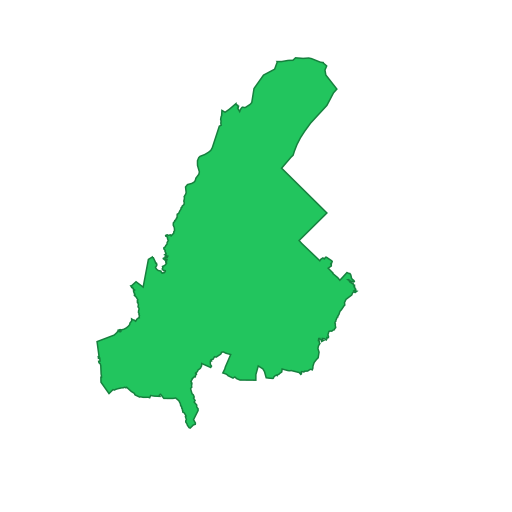 the district of Nicolás Romero, México, Mexico, rotated 125°
{"feature_id": "50627088B48014744788931", "entity_name": "Nicolás Romero", "entity_type": "district", "adm_level": 2, "iso_a3": "MEX", "parent_name": "Mexico", "parent_adm1": "México", "projection": "albers", "projection_center": [-99.37, 19.634], "detail": "fine", "context": "isolated", "style": "filled", "palette": "green", "viewbox_px": 512, "rotation_deg": 125, "n_neighbors": 0, "source": "geoboundaries", "source_scale": "gbopen_adm2", "svg_char_len": 6152}
<svg xmlns="http://www.w3.org/2000/svg" viewBox="0 0 512 512"><g transform="rotate(125 256 256)"><path d="M352.3,341.4L353.0,339.9L352.6,339.2L353.1,339.1L353.0,337.8L353.8,337.2L353.4,336.0L353.6,335.8L354.9,336.3L355.8,335.2L356.0,334.4L356.8,334.0L356.7,333.4L357.3,332.9L358.0,333.0L358.4,330.5L359.7,327.6L361.0,327.5L361.6,326.2L362.2,326.3L362.2,325.8L363.3,324.4L365.3,323.5L365.9,321.9L366.6,321.3L368.4,320.7L369.8,319.8L370.3,318.5L371.3,318.2L371.6,317.3L373.1,316.7L373.5,316.2L374.2,316.8L376.4,317.4L377.8,317.1L378.6,317.3L378.3,318.7L378.8,319.9L378.9,321.8L380.5,320.6L383.2,320.8L384.7,320.1L386.9,320.3L389.1,320.9L391.8,322.2L394.1,324.3L394.2,325.1L395.4,326.0L395.4,324.7L395.1,323.5L395.7,323.5L396.2,324.2L396.3,325.8L396.5,326.1L397.1,326.2L397.4,325.8L402.1,326.8L417.3,337.1L428.4,326.9L428.9,327.5L430.2,326.3L429.3,325.4L431.5,323.5L432.5,324.5L433.5,323.4L433.6,321.8L434.8,320.3L441.5,315.2L442.5,314.1L444.0,313.0L444.3,313.5L444.6,313.3L448.3,310.6L453.0,297.5L447.5,296.5L447.0,295.1L445.5,294.3L444.0,293.1L440.8,290.2L440.3,289.3L438.9,288.4L438.6,287.0L438.1,287.0L437.7,286.7L438.5,280.5L438.3,276.8L439.1,275.7L439.1,275.1L438.3,270.4L437.6,269.9L436.5,267.4L433.5,263.2L433.1,261.8L430.7,262.3L429.2,259.1L426.1,254.2L425.6,255.3L424.6,255.3L424.0,254.9L425.5,249.8L420.3,242.3L418.4,240.4L418.8,236.2L420.4,233.2L421.9,231.8L421.8,231.5L422.1,230.6L423.3,229.5L423.3,228.9L424.5,227.9L424.6,227.3L425.6,226.7L425.9,226.2L425.6,224.9L427.2,221.5L428.1,221.7L429.9,219.2L431.3,219.0L432.3,218.3L433.0,216.5L434.0,215.1L435.0,212.3L434.7,211.2L430.3,210.4L428.7,209.2L427.6,209.8L425.9,213.3L415.8,214.8L414.3,215.9L413.9,217.6L413.1,218.5L412.1,219.0L411.1,222.9L409.3,223.0L408.2,225.7L407.0,225.7L405.7,227.7L405.5,229.4L402.3,233.4L401.5,233.6L400.5,233.3L398.5,234.9L397.5,235.1L397.6,235.8L396.5,236.1L396.2,237.3L393.3,237.6L392.9,238.0L391.7,237.4L390.4,237.3L389.8,236.4L388.6,237.1L387.0,237.0L387.0,237.4L386.6,237.6L386.8,238.2L386.5,238.4L384.4,237.7L382.6,238.1L380.4,237.3L379.1,237.2L378.4,237.5L377.3,237.5L375.2,238.8L373.3,229.2L371.7,229.3L371.0,231.2L368.4,233.1L367.5,232.2L366.6,233.3L365.3,232.0L362.3,232.2L361.6,230.6L357.3,228.9L356.2,228.6L354.7,229.0L353.3,227.8L352.9,224.9L351.2,220.2L364.8,217.4L366.2,216.8L370.8,216.1L369.9,213.0L369.8,211.0L370.1,210.3L369.2,204.8L367.3,204.0L367.2,203.3L367.6,201.8L366.8,198.0L357.8,184.9L353.2,188.1L344.8,191.1L344.5,185.7L345.8,182.8L349.9,177.8L348.6,175.3L346.6,171.9L346.1,171.7L344.6,172.0L343.0,171.6L341.6,170.8L341.8,170.1L341.0,170.2L339.8,169.4L338.8,169.3L336.2,168.4L333.6,169.8L331.5,164.0L330.7,162.6L329.6,161.4L326.7,153.8L327.3,151.4L326.5,151.2L325.5,151.9L325.3,152.4L324.5,152.3L323.5,150.2L322.6,150.2L320.6,147.7L317.8,146.6L317.2,145.6L317.0,144.6L315.5,145.0L313.5,146.2L309.9,147.3L306.1,147.1L303.7,146.7L298.6,149.2L296.3,152.2L293.8,153.3L291.0,153.5L290.8,154.2L289.0,155.9L289.4,156.4L287.6,157.3L287.1,156.7L287.5,156.5L287.1,155.0L288.4,153.2L286.4,152.2L286.9,153.8L285.7,153.8L285.4,154.2L284.5,152.6L284.5,150.3L282.8,150.5L282.1,151.2L281.3,149.9L280.2,150.5L279.5,151.8L276.0,153.0L275.0,152.3L274.1,150.8L272.4,150.3L271.4,149.5L270.5,149.9L269.0,149.6L267.1,151.5L266.1,152.0L265.7,153.0L264.7,153.3L263.7,153.2L262.8,153.7L259.6,154.4L259.0,154.0L258.0,154.6L256.5,154.5L253.2,155.5L251.1,155.2L246.0,155.3L245.3,155.1L243.4,156.8L239.9,157.4L233.0,155.2L231.0,155.7L229.3,155.5L229.1,153.9L227.0,153.2L227.5,154.5L227.7,155.5L226.9,154.9L226.0,155.2L226.0,156.1L225.5,156.4L225.0,158.0L224.4,157.8L223.4,158.6L223.8,159.1L223.4,160.3L223.0,160.5L223.5,162.4L223.1,163.0L223.5,164.0L222.7,166.0L222.7,167.1L222.3,166.7L222.2,163.5L221.3,161.1L220.5,160.8L220.3,160.9L219.8,162.4L220.1,162.9L219.4,165.0L217.3,167.3L216.8,168.1L216.5,169.2L217.0,169.7L217.4,172.0L227.8,173.4L226.9,176.4L226.3,183.0L225.8,183.2L224.6,189.9L221.0,188.6L219.9,189.3L219.7,190.3L219.1,190.3L218.9,189.9L216.8,190.4L216.5,191.1L216.6,197.6L217.1,198.3L219.2,198.4L219.2,200.1L221.4,201.0L223.3,201.0L219.5,225.8L218.6,229.6L180.1,222.6L169.4,285.4L155.0,284.0L152.2,283.4L148.1,284.7L141.1,286.4L133.7,287.4L126.0,287.7L115.7,287.5L92.0,284.3L77.9,286.1L72.9,285.5L67.7,302.6L64.1,306.2L59.8,307.1L59.3,311.7L59.0,311.9L60.3,314.4L62.5,323.8L63.6,326.4L67.1,330.7L71.0,337.3L74.5,338.0L77.3,341.8L82.1,346.6L84.6,350.2L84.7,349.9L92.3,347.9L103.5,353.6L119.9,353.7L132.7,347.5L135.0,347.7L140.2,349.8L140.9,350.4L141.8,352.4L142.4,352.7L144.7,352.8L147.1,352.2L145.4,355.9L144.7,355.6L144.2,356.1L143.3,356.2L143.5,357.0L143.1,357.4L143.3,357.8L143.1,358.1L143.4,359.1L142.6,359.8L151.4,362.1L156.0,363.8L156.3,367.4L160.7,364.7L162.1,364.4L164.4,363.3L165.4,362.1L167.4,361.0L168.8,359.5L170.7,360.5L192.4,353.9L195.4,353.6L198.3,354.4L202.3,356.2L206.5,359.0L208.3,359.3L211.5,358.6L213.8,357.0L215.4,355.8L219.6,350.6L221.9,349.7L226.7,349.9L228.8,349.1L230.6,349.0L233.2,350.1L236.8,353.1L239.9,353.3L244.1,349.6L245.6,349.1L248.6,348.9L249.3,348.1L251.1,347.0L251.5,347.1L252.8,346.3L253.0,345.7L255.1,344.5L257.5,345.1L258.8,344.6L259.3,345.0L261.0,344.3L262.8,344.3L265.4,343.8L267.0,344.5L269.9,342.6L270.4,342.9L272.4,342.5L273.6,342.9L273.9,342.5L276.3,342.7L278.2,341.5L279.6,339.2L282.0,337.2L283.1,337.3L284.5,336.5L288.2,337.1L287.7,338.0L287.8,338.3L289.5,339.7L289.5,340.8L289.8,341.1L291.0,341.8L291.5,341.3L291.3,340.1L291.5,339.3L292.6,338.4L293.7,336.7L295.8,336.6L297.3,335.7L299.2,335.9L300.6,335.6L302.0,336.2L302.7,335.8L303.2,335.2L303.5,333.6L304.3,333.3L305.6,331.0L307.3,331.5L306.9,329.9L308.0,330.0L306.8,328.1L307.9,327.9L310.2,330.1L311.1,330.6L311.4,330.4L311.6,327.8L310.4,328.1L309.8,326.9L312.0,326.2L312.0,327.1L313.1,326.0L312.7,325.6L313.4,325.0L316.2,325.4L318.2,326.6L318.9,325.6L320.4,325.4L321.0,323.3L320.3,322.6L320.0,321.9L320.7,321.4L322.4,321.6L323.4,322.9L323.7,322.7L323.9,323.1L323.8,324.0L322.9,325.2L324.0,327.8L323.9,329.6L323.4,331.1L322.8,331.9L320.9,331.8L319.8,332.4L319.0,333.4L319.5,333.9L318.4,335.4L316.3,339.1L316.8,340.1L316.4,340.4L320.5,342.2L346.2,330.6L345.9,339.5L351.9,340.9L352.3,341.4Z" fill="#22c55e" stroke="#15803d" stroke-width="1.5"/></g></svg>